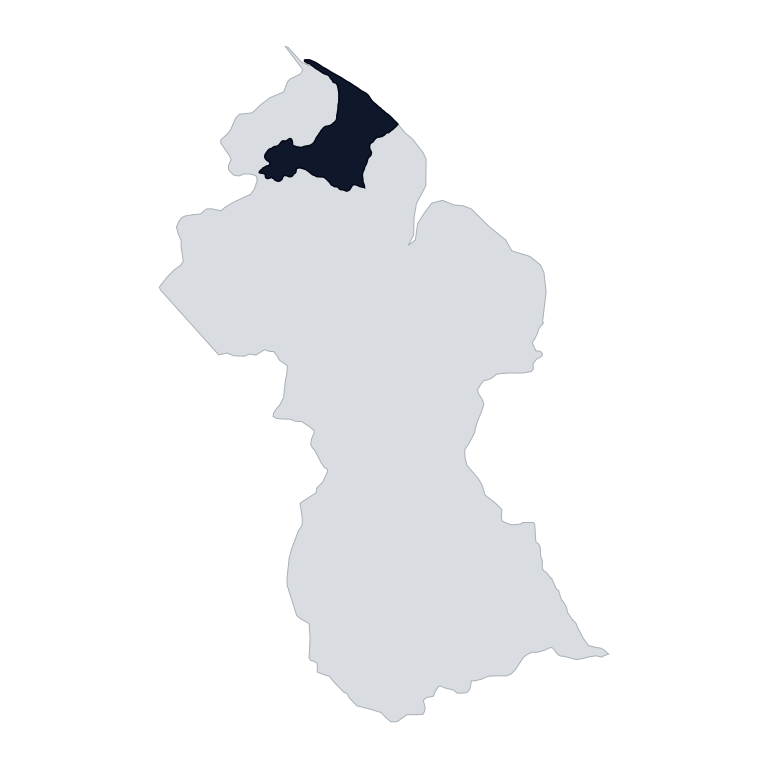 I-2 Waini, Barima-Waini, Guyana shown in context
{"feature_id": "73187651B25125705574502", "entity_name": "I-2 Waini", "entity_type": "district", "adm_level": 2, "iso_a3": "GUY", "parent_name": "Guyana", "parent_adm1": "Barima-Waini", "projection": "mercator", "projection_center": [-59.589, 7.691], "detail": "fine", "context": "in_parent", "style": "filled", "palette": "ink", "viewbox_px": 768, "rotation_deg": 0, "n_neighbors": 0, "source": "geoboundaries", "source_scale": "gbopen_adm2", "svg_char_len": 9268}
<svg xmlns="http://www.w3.org/2000/svg" viewBox="0 0 768 768"><path d="M218.7,354.9L199.3,333.2L179.7,311.4L160.5,290.0L159.3,287.1L167.3,276.9L174.5,269.6L180.5,265.4L183.3,261.7L181.1,246.0L181.2,240.3L178.4,234.2L176.4,227.2L178.8,221.5L181.7,217.5L185.5,215.9L194.4,214.5L200.7,213.9L203.0,211.6L206.7,208.9L211.5,208.8L220.9,210.7L225.2,207.2L233.0,202.5L250.5,194.3L254.4,189.0L257.1,180.8L256.8,176.9L255.0,175.4L250.7,174.1L244.1,173.9L238.7,176.0L233.2,174.9L228.6,169.8L228.4,165.6L231.1,159.7L229.5,155.7L220.8,143.2L220.8,139.8L227.2,134.2L230.8,129.4L235.7,118.0L239.6,114.2L251.8,112.9L254.9,110.4L261.1,104.4L270.3,97.5L283.7,92.0L287.5,81.9L289.9,79.2L300.5,73.9L302.3,71.1L302.1,68.6L285.0,46.1L288.4,47.6L301.6,62.3L308.9,65.5L310.5,65.6L310.5,61.8L317.2,63.4L334.5,73.4L359.9,90.0L395.5,121.4L405.6,133.3L412.4,138.9L423.0,152.5L426.1,159.2L425.8,185.8L416.4,203.7L414.1,217.2L413.6,235.2L408.2,245.5L415.4,239.9L417.6,223.7L423.8,213.8L431.8,203.0L442.5,200.4L454.0,205.0L463.2,205.8L471.4,209.0L488.8,226.3L505.7,240.0L511.9,250.9L529.9,256.4L540.5,265.0L543.9,272.5L546.1,292.0L542.6,321.5L543.5,323.0L538.7,328.8L537.8,332.5L534.6,339.1L532.2,342.6L535.8,350.8L539.8,351.1L541.4,352.2L542.4,353.8L542.2,355.5L540.6,357.0L536.7,359.0L533.0,363.7L533.4,368.9L531.1,371.6L523.6,373.0L509.1,373.0L502.0,373.4L496.3,374.3L492.5,377.6L487.7,380.0L484.0,380.5L480.7,384.4L477.4,390.0L478.5,393.7L481.9,398.8L483.9,404.0L481.3,412.3L478.4,418.8L476.7,423.7L474.4,433.2L468.8,443.6L464.8,449.5L464.8,456.0L466.8,465.1L478.2,478.5L482.0,484.9L485.1,495.1L495.4,503.1L501.9,509.6L501.3,518.2L502.1,520.9L506.2,523.0L511.0,524.7L516.4,524.6L521.3,523.8L522.4,522.6L533.6,522.5L534.8,524.6L535.5,537.0L535.9,542.0L538.6,544.0L540.2,547.1L540.3,549.9L540.8,556.8L542.4,560.4L542.2,567.8L543.3,570.5L546.4,572.4L550.3,577.7L551.7,578.3L552.5,580.2L555.8,587.7L557.5,590.0L558.7,590.3L559.2,592.9L561.6,600.0L563.3,601.7L566.4,606.9L567.6,612.5L571.8,618.9L576.0,623.3L577.9,628.0L583.2,638.2L588.4,645.4L595.5,647.3L601.4,648.3L605.1,651.0L608.7,654.0L604.8,655.4L601.3,657.2L596.5,655.8L589.8,656.6L582.8,658.6L576.3,659.6L564.2,656.4L560.4,656.0L557.9,654.6L552.9,648.2L550.5,647.5L544.0,650.4L536.1,652.5L532.3,652.1L527.8,654.2L523.6,657.1L515.5,669.5L511.4,673.8L506.9,675.9L498.0,675.8L488.5,676.2L481.4,679.2L474.7,680.8L471.4,681.0L470.2,687.7L468.7,690.9L466.6,692.7L461.4,693.2L456.8,693.0L453.9,690.2L448.7,688.8L444.0,687.7L441.0,686.1L438.6,686.5L436.6,689.4L435.0,691.8L433.5,696.2L426.5,697.6L423.4,700.2L425.2,708.5L424.4,711.7L422.9,714.3L414.4,714.8L407.1,714.6L402.9,717.7L397.7,721.3L394.5,721.9L390.8,721.7L385.9,717.6L381.1,712.5L369.0,708.9L357.0,705.9L349.2,697.8L347.3,693.8L343.6,692.0L334.3,682.4L329.2,676.2L323.6,674.6L317.2,672.0L317.4,667.5L317.0,663.2L314.2,661.4L310.4,660.3L309.0,657.8L309.4,652.2L310.1,637.6L309.1,623.6L300.5,618.8L296.7,615.5L290.2,594.8L287.2,585.5L287.0,578.6L289.2,557.9L291.6,549.0L298.3,531.1L302.1,525.0L302.3,520.5L301.9,514.7L300.0,503.2L311.2,495.9L316.0,492.9L316.8,488.0L322.9,481.9L325.5,476.0L327.7,471.4L327.1,469.0L324.5,467.6L321.4,463.2L314.9,450.6L312.6,448.0L310.6,444.5L311.6,438.9L314.1,432.9L313.8,430.3L309.9,427.1L301.9,421.6L295.2,421.2L290.1,419.2L282.5,419.0L276.5,418.4L273.0,416.4L273.7,413.0L275.2,410.4L280.3,404.1L283.7,397.3L284.2,390.7L285.2,382.0L286.7,374.4L287.5,365.8L279.5,360.2L276.9,355.6L273.6,351.5L270.0,351.5L264.5,349.7L255.9,355.1L249.2,354.1L244.6,356.2L233.8,355.8L227.0,353.1L218.7,354.9Z" fill="#d9dde1" stroke="#a8b0b8" stroke-width="1"/><path d="M308.1,63.6L308.7,63.4L309.5,63.6L310.2,64.1L310.9,64.6L311.5,65.3L312.3,65.8L313.1,66.4L313.9,66.9L314.7,67.6L315.4,68.2L316.4,68.8L317.3,69.4L318.1,69.8L318.8,70.1L319.4,70.7L320.2,71.2L320.9,71.7L321.6,72.2L322.5,72.8L323.4,73.3L324.1,73.7L324.9,73.9L325.7,74.3L326.7,74.6L327.6,74.9L328.4,75.3L329.1,76.0L329.6,76.7L330.1,77.7L330.7,78.6L331.3,79.1L331.8,79.7L332.4,80.4L332.6,81.1L333.0,81.9L333.8,82.4L334.6,82.7L335.6,83.0L336.3,83.4L336.7,84.2L337.2,84.9L337.6,85.6L337.7,86.7L338.1,87.9L338.2,88.7L338.3,89.5L338.5,90.4L338.7,91.5L338.8,92.5L338.8,93.5L338.9,94.6L338.9,95.5L338.9,96.8L338.8,97.7L338.9,98.6L338.8,99.7L338.8,100.5L338.9,101.4L338.7,102.4L338.5,103.4L338.2,104.3L338.1,105.4L338.0,106.4L338.1,107.3L338.0,108.4L337.9,109.5L337.8,110.4L337.6,111.3L337.4,112.1L337.4,112.9L337.2,114.1L336.9,114.9L336.8,115.9L336.8,116.7L336.8,117.6L336.8,118.4L336.5,119.2L336.2,120.1L335.5,121.1L334.9,121.9L334.1,122.5L333.3,123.2L332.4,123.9L331.8,124.5L330.8,125.1L330.0,125.5L329.2,125.8L328.4,125.9L327.7,126.1L326.9,126.2L326.1,126.3L325.1,126.6L324.0,127.4L323.4,127.9L322.7,128.8L322.1,129.5L321.4,130.3L320.7,131.2L320.2,132.3L319.7,132.9L319.0,133.8L318.5,134.7L318.1,135.4L317.0,136.7L316.6,137.4L316.1,138.2L315.7,139.1L315.4,140.0L315.0,140.6L314.6,141.3L314.2,142.1L313.6,142.7L313.0,143.4L312.4,143.9L311.7,144.4L311.0,144.8L310.2,145.2L309.5,145.5L308.6,145.7L307.5,145.8L306.5,146.0L305.7,146.1L304.9,146.3L304.1,146.5L303.1,146.8L302.4,147.2L301.5,147.4L300.5,147.5L299.7,147.3L298.6,147.0L297.7,147.0L296.9,146.9L296.1,146.7L295.3,146.3L294.5,146.1L293.7,145.8L293.0,145.3L292.6,144.6L292.5,143.6L292.4,142.8L292.4,141.9L292.2,141.1L292.0,140.3L291.5,139.4L290.9,138.7L290.0,138.6L289.2,138.8L288.5,139.2L287.7,139.9L287.1,140.4L286.4,140.8L285.6,141.0L284.9,141.0L284.0,140.9L283.0,140.8L282.2,141.2L281.5,141.7L281.0,142.3L280.4,143.2L279.6,144.1L279.0,144.8L278.4,145.4L277.7,145.9L276.6,146.3L275.8,146.4L274.8,146.4L273.9,146.8L273.0,147.3L272.3,147.9L271.5,148.6L270.7,148.6L269.9,148.9L269.2,149.3L268.5,149.9L267.8,150.6L267.3,151.3L266.7,152.2L266.2,152.9L265.6,153.7L265.2,154.5L264.8,155.5L264.7,156.5L264.9,157.5L265.2,158.3L265.8,159.2L266.5,159.9L267.1,160.6L268.0,161.0L268.7,161.3L269.3,162.1L269.9,162.7L269.9,163.7L269.5,164.5L269.1,165.1L268.4,165.7L267.4,165.9L266.4,166.0L265.5,166.7L264.8,167.0L263.7,167.7L262.9,168.0L262.5,168.6L262.0,169.3L261.3,169.7L260.6,170.2L260.0,170.9L259.5,171.6L259.1,172.2L259.8,173.0L262.0,173.2L263.5,173.5L264.4,173.9L265.1,174.5L265.4,175.5L265.4,176.4L265.7,177.5L266.2,178.1L267.2,178.5L267.9,178.5L268.8,178.3L269.5,178.1L270.5,177.7L271.4,177.6L272.3,177.7L272.9,178.4L274.1,178.8L274.7,179.6L275.1,180.3L276.0,180.5L276.9,181.0L277.6,181.2L278.6,181.2L279.4,181.1L280.2,180.7L281.0,180.2L281.6,179.6L282.1,179.0L282.3,178.1L282.6,177.3L283.1,176.7L283.5,175.9L284.2,175.6L285.0,175.4L286.1,175.6L286.9,175.7L287.9,176.2L288.9,176.7L289.7,176.7L290.7,176.7L291.7,176.4L292.4,175.9L292.9,175.4L293.3,174.6L293.9,173.8L294.6,173.4L295.3,173.0L295.8,172.1L296.0,171.3L296.1,170.3L296.3,169.3L296.6,168.6L297.3,168.3L298.2,168.0L299.0,167.8L299.8,167.9L300.6,167.9L301.5,168.2L302.5,168.5L303.3,168.7L304.1,169.0L305.2,169.3L306.2,169.8L306.9,170.3L307.7,170.9L308.4,171.4L309.0,171.8L309.7,172.4L310.6,173.1L311.4,173.8L312.1,174.4L312.9,174.9L313.8,175.2L314.7,175.5L315.5,175.9L316.4,176.5L317.3,176.7L318.3,176.8L319.0,176.7L320.7,176.9L321.7,176.9L322.4,176.9L323.4,177.0L324.3,177.5L325.0,177.9L325.8,178.6L326.5,179.3L327.1,179.8L327.9,180.7L328.5,181.3L329.4,182.2L330.1,183.0L330.6,183.9L331.1,184.7L331.8,185.2L332.6,185.5L333.4,185.9L334.0,186.5L335.0,186.7L335.8,186.7L336.6,186.8L337.4,186.9L338.2,187.4L338.7,188.1L339.2,188.8L339.9,189.2L340.6,189.6L341.6,189.7L342.7,189.8L343.5,189.9L344.2,190.2L345.1,190.6L345.8,190.9L346.8,191.1L347.9,190.8L348.5,190.4L349.4,190.0L350.1,189.1L350.5,188.4L350.9,187.7L351.4,187.1L351.9,186.2L352.1,185.5L352.8,185.0L353.7,184.7L354.5,184.6L355.3,184.7L356.1,184.9L356.9,185.1L358.3,185.8L359.1,186.2L360.0,186.6L360.9,186.8L361.9,187.1L362.9,187.2L363.8,187.1L364.5,187.6L364.4,185.9L364.1,184.8L363.8,183.9L363.4,183.0L363.1,182.2L362.9,181.1L362.9,180.1L362.9,179.3L362.6,177.7L362.5,176.8L362.4,175.8L362.4,174.7L362.4,174.0L362.7,172.9L362.9,172.1L363.3,171.3L363.6,170.5L364.1,169.5L364.4,168.5L364.6,167.4L365.0,166.4L365.4,165.7L365.8,164.9L366.3,164.2L366.6,163.3L367.0,162.0L367.2,161.1L367.5,160.0L367.8,158.8L368.3,158.0L368.8,157.3L369.3,156.7L370.2,156.1L370.8,155.3L371.1,154.5L371.2,153.5L371.5,152.6L371.2,151.8L370.9,151.0L370.5,150.3L369.9,149.4L369.7,148.5L369.7,147.7L369.5,146.6L369.7,145.5L369.9,144.7L370.2,143.7L370.8,143.2L371.6,142.7L373.2,141.7L373.7,140.7L374.4,139.8L375.0,139.1L375.9,138.2L376.7,137.6L377.7,137.2L378.6,137.1L379.5,137.0L381.6,136.5L382.4,136.3L383.2,135.7L384.7,134.8L385.5,133.8L386.1,133.2L386.7,132.7L387.6,132.7L388.4,132.8L389.1,132.3L389.7,131.6L391.3,130.5L391.9,130.0L392.9,129.3L393.7,128.5L394.6,127.7L395.6,126.8L396.4,126.0L396.9,125.4L397.5,124.6L397.9,124.2L396.9,123.0L395.8,121.9L394.1,120.4L392.5,118.6L391.8,117.8L391.5,117.5L387.8,114.2L386.0,113.1L383.7,111.0L382.5,110.3L382.4,110.2L380.4,108.0L378.9,107.2L377.4,105.7L375.1,103.7L374.4,103.3L373.6,102.5L372.2,101.1L371.4,100.0L369.9,97.8L369.4,96.9L367.9,94.9L366.6,93.8L365.4,92.9L361.3,90.7L360.4,90.1L357.3,87.8L352.7,84.9L350.8,83.5L348.4,82.1L347.5,81.8L340.9,77.5L340.5,77.3L332.8,73.2L330.7,71.9L329.3,71.1L327.1,69.6L324.6,68.2L322.7,67.3L320.8,65.9L319.4,64.9L315.3,62.3L311.3,60.6L310.7,60.3L309.6,59.9L308.8,59.8L305.1,59.8L304.6,60.1L304.4,60.5L304.5,61.0L304.8,61.5L308.1,63.6Z" fill="#0f172a" stroke="#020617" stroke-width="1.5"/></svg>